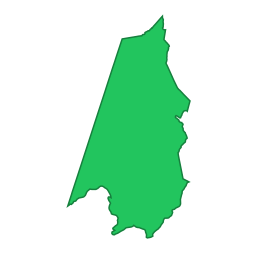 Mâncio Lima, Acre, Brazil (Mercator projection), rotated 268°
{"feature_id": "56859067B52831070472146", "entity_name": "Mâncio Lima", "entity_type": "district", "adm_level": 2, "iso_a3": "BRA", "parent_name": "Brazil", "parent_adm1": "Acre", "projection": "mercator", "projection_center": [-73.421, -7.452], "detail": "fine", "context": "isolated", "style": "filled", "palette": "green", "viewbox_px": 256, "rotation_deg": 268, "n_neighbors": 0, "source": "geoboundaries", "source_scale": "gbopen_adm2", "svg_char_len": 4022}
<svg xmlns="http://www.w3.org/2000/svg" viewBox="0 0 256 256"><g transform="rotate(268 128 128)"><path d="M217.2,125.3L199.1,118.6L194.6,117.0L189.0,114.9L168.6,107.5L165.5,106.4L145.3,99.0L95.0,80.7L65.8,70.0L63.7,69.3L52.1,65.1L53.0,66.5L53.9,67.5L53.6,68.7L55.1,70.5L55.7,70.7L56.5,71.3L56.6,72.3L56.9,73.3L58.6,74.6L59.8,76.6L60.3,79.7L60.6,81.0L60.9,81.6L61.8,82.6L62.5,83.2L64.8,84.2L66.3,85.2L68.3,87.8L68.0,89.1L67.9,90.2L67.8,92.0L67.8,93.8L68.7,95.7L70.0,97.2L70.6,98.1L70.9,99.0L70.7,100.6L70.0,101.7L69.1,102.7L68.5,103.8L67.3,105.2L65.4,106.3L62.1,107.9L60.6,108.4L59.0,108.6L59.7,107.4L59.7,106.1L58.7,105.6L58.0,105.7L56.1,106.4L54.8,107.2L53.5,107.9L52.6,107.4L50.9,106.7L49.3,106.3L48.1,106.3L47.0,106.6L44.6,108.0L42.8,108.5L42.3,109.4L41.4,112.5L40.9,113.4L40.1,114.1L39.6,114.3L38.4,115.0L35.9,114.2L34.7,114.5L32.3,114.2L31.6,113.6L30.6,112.0L28.4,109.4L27.6,109.4L26.2,111.2L24.6,108.4L23.3,108.2L22.5,108.6L21.9,109.4L21.8,110.9L22.5,111.7L22.8,112.9L23.3,114.2L25.1,117.3L26.4,120.1L28.4,122.7L29.0,127.8L29.6,129.4L30.1,130.1L30.5,130.4L28.7,132.7L28.2,134.4L28.1,135.7L26.5,139.3L26.2,140.4L25.2,141.7L23.2,142.0L21.5,142.6L20.4,142.8L18.2,142.5L17.5,143.4L17.7,144.8L18.0,146.9L19.0,149.0L20.7,148.9L21.5,149.2L23.4,150.9L24.8,152.7L26.3,155.0L27.2,155.6L28.1,156.7L29.9,157.7L31.9,159.3L32.5,159.8L34.9,160.3L36.2,161.1L36.6,161.7L36.6,164.6L36.8,165.5L37.9,166.7L39.0,168.4L41.9,169.6L42.5,169.6L43.3,169.1L44.1,169.2L44.7,169.6L45.2,171.6L46.4,173.1L47.7,176.1L48.4,177.0L49.7,177.7L50.7,177.9L54.9,177.9L59.8,179.3L60.6,179.7L63.2,180.0L64.8,181.6L66.7,182.7L68.3,184.0L69.7,184.5L71.4,185.4L72.0,187.0L75.3,181.2L95.6,177.9L97.5,177.6L99.7,177.3L101.7,177.2L102.4,177.9L103.4,178.3L104.1,178.4L104.7,178.6L105.2,178.9L106.0,179.6L106.6,180.3L107.3,180.4L107.8,180.2L108.3,180.7L108.9,181.1L109.2,181.6L109.6,182.1L110.2,182.6L110.6,183.1L111.3,183.8L111.6,184.4L112.1,184.8L112.7,184.9L113.9,185.1L114.6,185.4L115.2,186.1L115.6,186.7L116.3,186.7L117.0,186.5L117.6,186.3L118.3,186.1L118.9,185.9L119.4,185.6L120.1,185.3L120.9,185.1L121.5,184.9L121.8,184.3L122.5,184.0L122.9,183.6L123.8,183.0L125.2,183.1L126.0,182.9L126.6,182.6L127.2,182.3L128.0,182.4L129.0,182.8L129.5,183.1L130.0,183.1L130.4,182.6L130.8,182.2L131.6,181.9L131.6,181.3L131.9,180.6L132.3,179.8L133.0,179.2L133.9,179.2L134.6,178.5L135.0,177.8L135.6,177.4L136.1,177.0L136.4,176.2L137.3,175.7L138.2,176.0L138.7,176.5L138.3,177.1L138.1,177.7L137.6,178.5L137.1,179.1L136.5,179.7L136.3,180.3L136.4,180.9L137.0,181.1L137.6,181.4L138.1,181.6L138.9,182.2L139.6,182.4L140.3,182.6L140.8,182.9L141.5,183.3L142.2,183.8L142.6,184.2L143.0,184.5L143.3,185.2L143.3,186.0L143.4,186.7L143.1,187.4L142.7,187.8L152.9,190.9L154.2,189.7L159.8,184.6L163.7,181.2L165.0,179.8L165.5,179.5L165.9,179.1L166.8,178.6L173.8,175.5L180.7,172.7L188.8,169.4L190.5,168.6L191.6,168.2L192.2,168.4L192.9,168.8L193.8,169.0L194.8,169.3L195.7,169.2L196.3,169.2L197.2,169.2L198.1,169.4L198.7,169.4L199.8,169.4L200.5,169.5L201.1,169.6L201.8,169.7L202.6,169.8L203.4,170.2L203.9,170.6L204.8,171.0L205.4,171.1L205.9,171.3L206.4,171.2L207.1,171.2L207.8,171.7L208.2,172.1L209.1,171.9L209.8,171.4L210.2,171.0L211.2,170.3L211.8,169.8L212.4,169.1L213.1,168.7L213.7,168.2L214.2,167.7L214.6,167.3L215.2,167.0L224.8,168.9L224.7,168.2L225.0,167.6L225.2,166.9L226.0,166.2L226.6,166.1L227.2,166.1L227.5,166.6L228.1,166.7L228.7,166.7L229.4,166.8L230.2,166.9L230.8,167.0L231.6,166.9L232.5,166.8L233.3,166.8L234.0,166.9L234.9,167.1L236.0,166.7L237.3,166.2L238.0,166.3L238.5,166.3L237.7,165.5L237.2,165.0L231.3,159.5L228.3,156.6L227.4,156.0L226.9,155.6L227.1,155.1L226.5,154.8L226.1,154.1L225.6,153.5L225.1,153.2L224.7,152.9L224.3,152.2L224.5,151.7L224.1,150.8L223.6,150.2L223.5,149.6L223.1,148.9L222.8,148.3L221.8,148.3L221.0,147.7L220.9,147.0L220.9,146.2L220.5,145.6L219.7,145.1L219.6,144.4L219.6,143.6L219.5,142.9L219.4,141.7L219.3,141.1L219.2,140.5L219.1,139.8L218.9,138.2L218.7,136.8L218.3,133.6L217.8,129.8L217.2,125.3Z" fill="#22c55e" stroke="#15803d" stroke-width="1.5"/></g></svg>